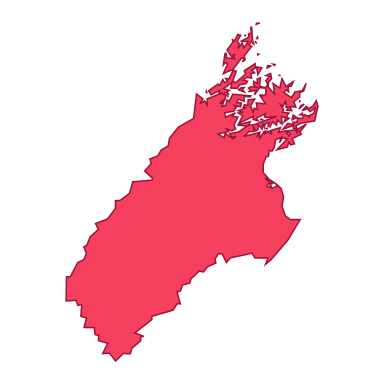 the district of Marlborough District, Marlborough District, New Zealand
{"feature_id": "76426892B14162355231744", "entity_name": "Marlborough District", "entity_type": "district", "adm_level": 2, "iso_a3": "NZL", "parent_name": "New Zealand", "parent_adm1": "Marlborough District", "projection": "robinson", "projection_center": [173.954, -41.576], "detail": "fine", "context": "isolated", "style": "filled", "palette": "rose", "viewbox_px": 384, "rotation_deg": 0, "n_neighbors": 0, "source": "geoboundaries", "source_scale": "gbopen_adm2", "svg_char_len": 5927}
<svg xmlns="http://www.w3.org/2000/svg" viewBox="0 0 384 384"><path d="M66.5,276.7L66.1,301.0L75.9,300.3L77.9,305.5L81.7,304.5L80.9,316.4L86.5,317.9L84.1,327.5L94.3,327.7L95.0,334.5L98.7,335.5L98.4,340.5L107.7,343.3L102.7,353.6L109.5,353.2L115.5,361.0L123.3,353.5L130.3,353.8L132.1,348.0L140.6,340.9L141.0,336.5L144.0,336.4L134.9,332.9L151.8,319.6L151.9,316.3L173.1,310.1L177.2,303.7L180.3,303.9L177.1,292.1L180.6,290.8L182.5,284.9L189.7,283.2L191.0,278.8L199.2,271.1L203.5,272.0L207.3,266.9L215.9,263.0L215.0,259.2L218.4,253.7L222.2,253.9L226.4,262.5L230.6,257.8L252.1,253.2L254.8,257.9L267.9,258.1L265.5,264.3L270.8,260.0L288.0,239.9L300.2,219.5L290.3,219.6L285.5,216.0L282.0,206.5L283.5,196.9L281.1,188.4L275.7,183.6L268.5,178.9L267.7,177.5L268.1,179.7L275.5,183.6L277.4,186.1L271.8,188.4L270.4,184.2L269.8,187.5L267.0,186.8L269.2,181.8L265.6,178.8L267.6,177.5L263.2,172.5L263.3,164.1L266.0,156.7L268.5,156.4L269.1,150.4L272.0,151.2L274.2,147.4L275.6,139.9L281.1,137.3L279.5,142.8L282.5,137.8L287.2,138.9L277.0,149.7L287.4,147.0L288.9,142.0L290.7,144.9L294.5,143.8L292.2,138.6L301.3,134.3L300.0,131.9L306.3,124.0L297.0,129.7L298.8,131.3L296.8,132.8L295.7,129.8L286.5,130.9L290.4,133.8L289.1,136.0L285.2,130.9L278.7,132.4L280.5,127.5L270.3,130.7L271.7,134.3L268.2,131.2L264.3,134.4L265.7,130.9L263.9,131.6L259.9,138.3L259.7,134.9L257.4,136.2L258.2,134.4L259.0,133.8L259.8,132.8L260.0,132.4L243.7,136.4L249.2,131.6L254.0,131.6L253.1,125.8L255.7,131.0L258.0,129.7L258.2,124.7L262.1,129.1L263.0,123.3L264.3,127.3L265.2,123.7L269.0,122.6L268.0,125.8L270.0,127.0L272.5,121.8L276.5,125.3L277.3,120.1L282.1,124.1L281.5,116.6L285.7,117.8L284.1,122.0L289.1,118.4L286.3,116.9L288.8,113.0L282.5,112.2L283.6,109.6L280.4,104.5L283.2,106.0L285.8,100.6L286.1,107.3L288.2,107.3L286.8,110.3L291.8,110.7L289.9,106.5L295.9,107.1L293.8,101.6L299.6,97.2L299.8,92.7L303.7,90.9L306.2,83.3L302.3,90.8L295.0,91.9L291.5,97.7L283.7,92.4L286.2,89.8L288.6,91.8L288.0,86.6L291.3,86.1L293.3,81.6L286.0,86.5L282.0,78.6L279.8,88.1L273.1,83.5L274.7,94.2L268.2,87.0L268.5,83.7L265.4,87.7L259.6,86.3L260.4,77.8L257.1,79.0L257.6,83.5L253.7,81.4L253.5,84.9L256.6,87.3L250.7,86.7L248.4,88.1L251.1,90.5L248.3,91.7L255.9,90.3L254.5,94.8L259.7,87.6L265.8,88.3L265.7,94.4L263.0,95.8L262.2,94.8L261.5,96.0L260.2,94.9L259.8,95.4L265.6,103.8L256.3,102.9L257.4,109.6L254.3,108.1L253.0,112.3L250.7,105.7L254.7,99.0L248.1,100.0L247.8,105.5L244.4,104.7L243.2,107.3L246.5,107.6L238.2,110.7L243.3,112.2L238.2,113.0L242.8,115.7L238.9,123.3L253.3,116.4L253.1,119.5L258.1,120.7L256.2,118.2L265.4,113.7L264.4,116.8L266.3,117.6L276.8,116.3L253.7,124.8L248.7,125.1L250.2,121.6L237.3,125.1L247.2,126.1L238.3,132.1L229.5,133.6L232.0,137.5L236.2,136.1L233.2,138.8L225.2,133.4L224.0,137.7L217.9,133.9L228.6,131.7L225.9,128.1L231.2,130.9L235.6,129.0L234.0,124.9L237.8,117.1L232.3,116.5L235.3,112.8L225.6,117.2L224.5,112.8L233.6,111.3L236.4,107.2L234.6,105.5L240.6,106.9L241.4,103.0L236.7,102.6L238.4,99.1L244.1,101.3L243.9,97.4L246.2,96.1L247.9,96.9L250.1,96.8L250.8,95.9L232.7,94.2L229.2,101.6L227.1,99.9L225.8,105.1L221.8,106.4L223.8,101.9L222.6,101.6L221.2,103.3L220.3,103.2L222.8,100.3L224.8,100.2L225.9,95.0L223.0,94.2L229.5,90.4L223.4,88.8L232.1,82.3L230.7,88.1L237.4,88.3L239.5,84.8L246.0,83.7L247.6,81.2L242.9,80.2L247.1,77.2L251.6,78.2L250.8,73.5L254.6,72.8L251.7,70.1L256.6,67.5L257.9,74.6L261.8,67.8L255.2,66.7L255.1,63.6L244.2,70.8L245.7,73.9L235.8,82.6L232.7,80.9L236.3,71.3L233.2,70.3L228.7,79.1L225.7,78.5L227.5,81.5L224.4,82.6L222.8,79.5L219.9,85.4L217.9,84.1L208.6,90.8L211.1,94.9L219.4,90.5L218.9,93.3L222.2,92.9L207.1,98.9L207.3,105.0L204.6,100.9L199.9,103.7L203.0,99.0L196.5,93.9L193.6,118.5L178.7,126.9L169.5,138.1L168.2,145.9L161.2,150.0L157.7,156.0L149.9,158.9L151.2,163.5L144.6,171.1L152.7,178.4L151.8,180.2L132.7,181.8L129.6,193.2L120.2,200.4L115.5,200.7L115.4,208.6L107.3,219.1L95.5,223.5L98.5,229.5L90.3,236.5L86.8,245.4L83.7,246.9L86.4,253.3L83.8,259.6L77.8,262.5L70.2,276.9L66.5,276.7ZM251.7,27.3L250.9,27.3L250.8,29.6L251.6,32.6L248.6,33.8L248.9,37.2L240.6,41.4L248.1,41.5L243.9,47.9L242.1,43.1L237.9,48.5L239.2,43.6L237.1,41.3L240.7,35.3L237.8,34.4L234.0,41.5L232.1,38.9L233.1,41.8L227.0,50.0L232.2,57.7L233.1,55.2L235.4,54.1L233.4,55.7L234.8,58.9L226.5,57.9L226.5,54.8L225.8,53.1L225.0,53.6L223.3,65.0L225.5,62.5L227.6,63.9L223.3,73.6L233.0,69.4L241.6,58.0L244.2,58.7L242.4,61.7L245.0,60.0L244.4,55.5L251.8,46.5L249.1,44.9L252.5,39.4L251.7,27.3ZM316.3,100.7L312.7,106.3L308.6,108.5L306.3,106.3L302.1,110.6L307.7,108.7L309.9,111.7L315.3,107.7L313.8,113.3L308.9,115.7L310.2,117.2L304.3,114.6L302.1,118.4L297.5,118.1L297.0,122.2L292.8,122.2L293.7,124.7L287.9,123.3L282.8,129.3L293.1,125.6L293.4,128.3L296.9,128.4L295.9,125.7L300.9,123.2L314.7,121.0L317.9,106.3L316.3,100.7ZM270.6,73.4L266.0,75.5L269.7,76.4L265.8,80.6L267.3,83.5L271.6,78.8L270.6,73.4ZM297.0,117.7L293.2,115.1L292.0,119.7L297.0,117.7ZM244.1,87.5L241.0,87.8L238.6,89.8L244.3,91.9L242.3,89.4L244.1,87.5ZM271.3,65.9L267.7,65.7L267.0,67.9L271.3,65.9ZM259.7,23.0L256.5,23.2L256.2,24.4L259.7,23.0ZM271.9,182.3L268.8,183.8L271.8,183.7L271.9,182.3ZM298.9,109.1L304.2,104.1L300.9,105.5L298.9,109.1ZM302.4,113.2L299.9,114.7L302.4,115.0L302.4,113.2ZM253.8,44.2L253.2,41.8L252.5,43.4L253.8,44.2ZM275.2,64.5L272.9,64.2L274.6,65.6L275.2,64.5ZM263.3,119.9L261.2,119.1L260.7,119.7L263.3,119.9ZM299.5,102.5L300.3,100.3L299.8,100.8L299.5,102.5ZM256.6,38.6L257.7,38.6L257.5,37.1L256.6,38.6ZM255.6,41.7L255.0,41.4L256.7,43.6L255.6,41.7ZM227.4,95.8L227.9,97.2L227.9,95.6L227.4,95.8ZM279.6,75.2L278.4,75.3L280.6,75.5L279.6,75.2ZM228.3,94.0L227.7,93.0L227.1,93.8L228.3,94.0ZM206.9,92.5L206.4,91.3L206.2,92.4L206.9,92.5ZM273.0,183.7L272.5,182.8L272.4,182.9L273.0,183.7ZM270.0,181.3L269.0,180.4L268.4,180.4L270.0,181.3ZM258.8,54.3L257.7,53.9L257.7,54.9L258.8,54.3ZM267.2,128.2L266.3,128.4L267.0,128.8L267.2,128.2ZM245.8,35.1L244.8,35.4L245.0,35.8L245.8,35.1Z" fill="#f43f5e" stroke="#9f1239" stroke-width="1.5"/></svg>